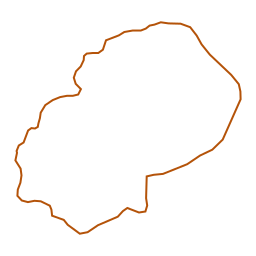 the border of Al Dali'
{"feature_id": "YEM-334", "entity_name": "Al Dali'", "entity_type": "Governorate", "adm_level": 1, "iso_a3": "YEM", "parent_name": "Yemen", "parent_adm1": "", "projection": "orthographic", "projection_center": [44.704, 13.869], "detail": "fine", "context": "isolated", "style": "outline", "palette": "amber", "viewbox_px": 256, "rotation_deg": 0, "n_neighbors": 0, "source": "natural_earth", "source_scale": "10m", "svg_char_len": 1007}
<svg xmlns="http://www.w3.org/2000/svg" viewBox="0 0 256 256"><path d="M160.8,22.3L168.6,23.4L180.6,23.7L190.2,27.2L196.7,35.6L201.6,44.4L209.8,54.6L231.3,75.0L238.8,84.2L240.4,91.5L240.6,99.3L222.7,139.6L212.3,149.7L200.1,155.5L187.2,164.2L163.0,173.9L153.7,174.8L146.7,176.4L146.1,198.2L147.2,205.5L145.4,211.5L139.0,212.5L127.3,208.0L122.9,211.1L117.8,216.7L98.0,225.2L87.6,232.2L79.8,233.7L67.7,224.8L63.8,219.9L52.1,215.7L51.4,209.6L49.8,205.7L40.8,201.3L34.5,200.8L27.9,202.1L21.8,200.5L17.4,195.8L17.8,189.6L20.4,182.7L21.5,175.4L20.6,168.6L15.4,160.4L17.0,152.8L16.6,151.0L18.8,145.5L23.6,142.5L28.1,130.5L31.4,128.1L35.0,128.5L37.8,126.9L38.4,123.5L39.9,118.2L40.7,112.7L45.3,105.1L52.7,100.1L60.1,97.1L67.0,95.8L72.8,95.8L78.2,94.5L80.9,89.1L75.7,83.8L73.8,77.7L76.0,71.3L80.7,66.5L83.7,60.1L84.0,56.0L86.7,53.6L92.7,53.0L98.3,53.0L102.9,49.7L106.0,40.3L118.8,35.4L124.3,32.0L132.9,30.5L140.9,30.5L145.8,28.6L149.6,25.6L154.5,24.6L160.8,22.3Z" fill="none" stroke="#b45309" stroke-width="2"/></svg>